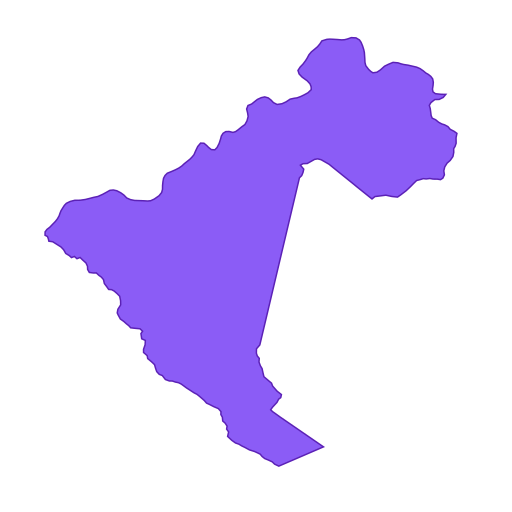 Várzea Grande, Mato Grosso, Brazil, rotated 266°
{"feature_id": "56859067B85246185509081", "entity_name": "Várzea Grande", "entity_type": "district", "adm_level": 2, "iso_a3": "BRA", "parent_name": "Brazil", "parent_adm1": "Mato Grosso", "projection": "robinson", "projection_center": [-56.271, -15.559], "detail": "fine", "context": "isolated", "style": "filled", "palette": "violet", "viewbox_px": 512, "rotation_deg": 266, "n_neighbors": 0, "source": "geoboundaries", "source_scale": "gbopen_adm2", "svg_char_len": 4209}
<svg xmlns="http://www.w3.org/2000/svg" viewBox="0 0 512 512"><g transform="rotate(266 256 256)"><path d="M228.4,114.6L225.4,117.2L220.8,117.8L216.7,117.6L212.5,114.5L208.9,113.6L206.5,114.5L202.6,116.3L199.9,119.6L197.4,122.0L195.4,124.2L193.1,126.0L192.2,130.9L191.5,135.2L188.9,137.6L186.6,135.8L184.2,136.0L181.4,136.2L179.5,139.7L175.2,139.2L170.8,137.3L167.6,137.1L164.2,140.5L161.2,140.8L157.9,144.3L154.7,147.2L150.9,148.0L147.6,148.9L144.7,151.2L143.3,154.2L139.1,157.0L137.4,160.8L137.1,163.9L135.9,166.7L135.0,169.9L133.4,172.6L129.3,177.4L126.3,181.4L123.8,184.7L122.2,187.4L120.0,189.8L115.5,194.3L112.7,196.4L111.2,199.2L108.7,203.3L106.4,207.8L103.2,210.2L100.3,209.9L97.6,211.2L93.7,211.3L91.5,213.5L88.3,215.3L85.4,214.6L82.4,216.4L78.0,215.1L73.8,219.0L70.9,222.5L69.5,225.8L67.5,228.6L65.8,231.6L63.0,236.0L61.1,240.9L59.4,244.0L58.0,246.4L55.6,248.1L53.3,250.6L51.7,253.9L49.5,257.9L47.1,260.0L44.8,264.1L60.9,310.0L93.7,268.8L97.3,264.5L99.5,261.8L101.6,259.9L104.2,262.1L108.5,266.7L111.6,268.6L113.0,270.8L116.0,271.7L119.6,267.7L125.1,263.5L128.1,262.6L130.3,260.3L135.0,255.5L139.1,254.8L143.3,254.2L146.2,252.7L150.0,251.6L153.7,252.1L156.2,250.3L159.0,249.6L163.4,250.0L167.0,253.6L241.7,276.9L331.0,304.8L333.0,307.2L336.0,308.7L339.3,309.7L343.5,306.6L344.8,309.3L344.7,313.6L346.5,317.4L348.3,321.2L348.6,324.3L347.5,327.7L342.4,335.3L339.0,338.9L320.7,358.6L318.3,361.1L304.8,375.7L307.0,378.8L307.6,389.8L305.9,395.7L304.9,401.3L306.8,404.5L310.6,410.3L314.3,414.8L317.4,418.3L320.1,421.5L320.8,425.3L321.5,428.2L321.0,431.2L321.2,434.8L320.4,438.0L320.0,442.4L319.3,445.4L320.6,447.8L323.8,449.6L327.9,449.3L331.7,450.5L335.3,453.1L337.8,456.4L341.5,459.4L345.5,460.5L349.3,460.7L351.4,462.2L354.5,463.5L360.0,463.8L364.3,465.0L366.5,462.4L368.8,458.6L371.7,456.5L373.7,453.3L374.8,450.5L376.7,447.5L379.4,444.7L381.2,441.4L383.9,440.5L387.8,440.3L390.9,440.1L394.2,439.4L396.8,441.2L399.6,445.3L399.4,449.6L401.1,453.8L404.0,456.6L404.4,452.0L405.4,446.3L407.4,444.0L410.2,443.7L413.6,444.5L416.9,445.0L420.4,444.6L423.0,442.9L425.2,440.5L426.7,438.2L429.1,435.7L431.5,432.7L433.2,429.4L434.4,425.5L435.8,420.9L436.7,416.8L437.6,414.0L438.8,411.1L439.6,406.2L438.0,401.4L436.4,397.5L434.6,395.2L432.9,393.0L430.9,389.5L430.6,385.4L432.1,383.4L434.4,381.3L438.2,378.8L441.6,378.2L445.3,378.3L448.8,378.3L451.4,378.3L454.3,377.9L458.1,377.0L461.9,375.7L464.3,374.3L466.6,371.0L467.2,366.3L466.1,362.3L465.6,359.5L465.6,356.6L466.3,352.1L466.8,348.2L467.2,344.9L467.2,341.8L466.0,336.7L463.2,334.6L460.5,332.0L458.0,328.6L455.8,325.5L453.1,322.9L449.6,320.7L447.2,318.9L444.1,316.2L441.4,313.2L438.2,310.8L434.6,311.7L431.3,314.4L427.1,319.4L423.9,321.9L421.0,322.8L418.1,322.7L415.2,319.2L413.5,315.5L412.0,311.8L410.9,308.0L410.7,305.1L410.1,301.0L407.7,296.8L406.1,292.6L405.7,287.6L407.8,284.1L410.6,281.8L412.9,279.2L414.1,275.8L413.6,272.3L412.1,268.3L409.5,264.5L407.9,262.2L406.7,258.5L403.3,256.9L399.3,257.6L395.7,257.9L391.4,256.4L387.9,254.1L386.0,251.0L383.1,246.9L381.5,244.3L380.9,241.6L382.1,237.9L382.2,234.5L380.7,231.7L378.1,229.8L375.1,228.8L370.9,227.1L366.9,224.7L364.8,222.3L365.3,218.8L367.7,216.2L369.7,214.5L372.1,212.0L372.5,208.6L369.3,205.5L364.9,203.0L361.4,201.2L359.3,199.2L357.3,197.0L355.0,193.7L353.1,190.9L350.9,188.2L349.1,185.1L347.6,181.6L346.1,177.4L344.8,173.3L342.7,170.9L340.0,169.2L336.8,168.4L332.9,167.7L329.1,167.4L325.9,166.3L322.9,163.5L319.9,158.5L318.5,154.8L318.4,151.9L319.0,147.1L319.4,143.4L319.9,138.7L321.0,134.7L322.9,131.1L326.0,128.5L328.5,125.5L330.8,121.7L331.8,118.3L331.7,114.8L329.9,111.0L328.2,107.3L326.4,102.4L325.8,98.0L325.1,94.3L324.3,89.8L323.9,84.4L324.2,79.0L323.4,74.5L321.8,70.5L319.9,68.4L317.5,66.6L314.7,64.6L312.2,63.4L309.8,62.4L306.8,60.4L304.4,58.2L302.0,55.5L299.1,52.3L297.1,49.3L294.8,47.3L291.4,47.0L290.0,49.3L287.7,50.0L285.2,50.4L284.4,54.2L281.4,58.3L278.7,62.0L275.7,64.5L271.8,66.4L269.4,69.8L267.3,71.8L268.2,74.8L265.8,77.2L266.8,80.4L263.9,83.0L260.9,85.9L257.5,87.2L254.3,87.1L251.2,88.6L250.4,92.6L250.2,95.6L247.7,97.9L245.7,100.3L243.1,102.2L239.1,102.8L235.9,104.9L232.9,106.7L232.5,109.6L230.9,112.1L228.4,114.6Z" fill="#8b5cf6" stroke="#5b21b6" stroke-width="1.5"/></g></svg>